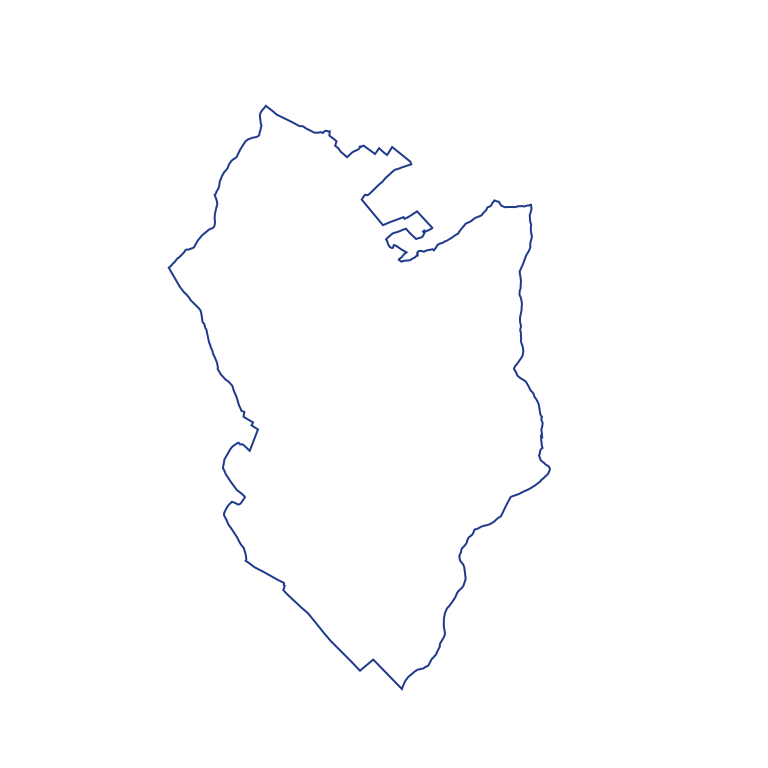 Osesti, Vaslui, Romania (Equal Earth projection), rotated 75°
{"feature_id": "2599482B5127091707181", "entity_name": "Osesti", "entity_type": "district", "adm_level": 2, "iso_a3": "ROU", "parent_name": "Romania", "parent_adm1": "Vaslui", "projection": "equal_earth", "projection_center": [27.44, 46.771], "detail": "fine", "context": "isolated", "style": "outline", "palette": "blue", "viewbox_px": 768, "rotation_deg": 75, "n_neighbors": 0, "source": "geoboundaries", "source_scale": "gbopen_adm2", "svg_char_len": 6144}
<svg xmlns="http://www.w3.org/2000/svg" viewBox="0 0 768 768"><g transform="rotate(75 384 384)"><path d="M654.7,481.4L647.4,465.7L683.3,445.6L681.5,444.5L677.9,441.7L675.7,439.6L673.1,436.1L669.7,428.7L668.8,426.2L668.6,425.1L668.9,423.1L668.7,422.4L668.9,420.1L668.8,419.1L667.9,416.9L667.8,415.1L667.6,414.5L666.5,413.2L662.1,409.2L660.9,407.0L659.9,405.6L659.5,404.6L658.8,404.0L651.9,397.9L651.0,397.9L649.2,397.0L644.9,392.5L642.4,390.4L640.5,389.6L633.4,388.9L626.3,386.9L621.6,384.7L619.1,382.9L617.2,381.4L616.1,379.8L615.1,378.1L609.9,371.9L608.4,370.3L604.8,367.5L603.7,366.3L600.6,360.9L599.6,359.6L593.9,355.9L592.7,355.4L581.6,353.9L579.6,354.1L577.6,354.7L575.0,355.9L573.8,356.2L571.8,356.1L569.4,355.7L566.4,353.2L564.2,352.2L563.1,351.4L560.6,347.3L559.2,345.7L558.3,344.9L557.2,344.5L554.8,342.6L553.8,341.2L553.0,339.1L552.3,337.7L550.5,335.9L548.8,335.0L548.1,334.1L548.0,333.6L548.2,332.7L548.0,331.2L546.9,326.4L546.8,324.9L547.0,321.6L546.9,319.0L546.5,316.6L545.5,313.5L542.9,308.4L542.5,306.6L542.1,305.6L541.3,304.6L533.8,298.2L526.2,291.2L525.9,290.5L525.6,288.6L525.2,282.1L524.0,277.1L523.4,272.9L522.7,269.8L521.1,264.4L518.5,258.2L518.1,257.4L517.3,256.8L516.8,255.4L513.4,249.0L510.2,246.3L509.1,245.7L508.2,245.7L505.9,246.4L503.5,248.9L502.3,249.3L498.9,252.0L497.7,252.4L493.0,252.8L491.9,251.7L488.9,250.4L487.9,249.5L487.1,248.4L486.8,247.4L484.9,247.6L480.4,246.8L479.1,246.8L476.9,246.1L476.8,245.4L475.9,245.7L476.0,244.1L475.6,244.8L474.5,245.7L473.3,244.3L468.9,243.9L466.3,242.3L463.0,240.9L459.6,241.2L458.0,240.9L456.8,239.9L456.2,240.0L455.6,240.5L453.2,240.8L445.5,239.9L442.3,239.9L438.4,240.8L434.8,242.1L432.9,241.9L431.4,242.3L427.7,244.2L424.2,244.8L418.6,246.3L416.1,248.3L414.0,250.4L411.3,252.4L410.1,253.1L406.9,253.4L403.0,254.6L402.0,253.9L400.7,252.7L398.6,249.7L393.4,243.6L392.2,242.6L388.8,241.1L384.7,240.4L377.9,240.7L375.0,239.6L372.9,239.3L370.0,238.5L367.9,238.6L366.7,238.3L363.7,236.7L359.2,236.5L355.4,235.6L348.9,232.3L342.5,230.1L339.9,229.7L335.8,229.5L333.7,230.0L332.3,229.9L329.2,228.8L327.1,227.4L319.4,224.9L310.5,223.9L304.0,218.6L296.6,213.4L292.7,209.3L289.9,207.3L285.9,206.3L280.1,203.0L274.7,202.6L271.6,201.9L267.9,200.6L265.5,200.8L258.8,199.6L253.4,196.3L249.0,195.6L248.8,195.9L249.0,198.3L248.7,199.6L248.8,202.9L248.0,204.2L246.9,209.3L247.3,210.6L245.5,217.0L244.5,221.5L242.1,224.5L240.0,225.3L238.4,225.6L237.6,226.1L236.9,227.5L235.2,229.9L236.4,231.1L237.0,232.3L238.8,233.8L239.7,235.0L240.3,238.4L240.7,239.0L242.4,240.1L244.8,244.3L246.2,245.9L246.5,247.1L247.1,252.2L247.6,254.3L249.1,257.4L249.8,260.4L250.0,262.2L250.3,263.6L255.3,270.6L256.8,272.4L257.8,273.1L258.9,277.3L260.0,279.9L261.8,286.0L262.0,287.9L262.7,290.6L263.0,294.5L263.4,295.9L264.4,297.3L265.6,298.4L267.8,301.2L266.4,302.2L266.0,309.1L266.4,309.7L266.5,311.3L265.0,313.7L264.7,315.6L265.0,317.0L266.2,318.1L267.2,318.3L267.3,317.8L268.7,318.2L268.6,319.4L270.0,322.1L270.2,324.1L271.2,326.8L270.3,331.9L270.1,333.9L270.4,334.8L270.2,335.6L267.9,337.5L267.1,336.9L266.3,334.4L264.0,331.3L262.7,328.2L258.1,332.8L254.1,336.1L252.3,338.4L254.8,340.4L254.6,341.4L252.9,343.1L250.1,343.8L246.6,344.0L244.8,344.6L243.6,342.6L240.7,336.4L240.6,330.8L239.8,324.8L239.7,322.6L245.0,319.9L252.3,315.4L252.1,313.7L252.1,309.8L251.5,308.5L249.0,306.1L246.9,306.8L246.1,305.4L247.6,304.7L247.0,302.3L247.2,301.8L246.1,297.5L245.7,296.9L225.8,307.4L228.5,315.6L229.3,318.5L229.8,321.3L227.9,321.9L229.2,336.0L230.3,343.9L200.1,357.8L196.5,353.7L196.3,353.2L196.4,352.8L196.9,352.3L197.4,350.9L196.5,348.6L189.9,336.9L188.2,333.1L185.6,329.5L180.4,319.4L179.8,317.4L179.9,315.3L179.3,309.0L178.9,300.8L176.1,301.0L157.2,314.8L163.6,321.7L160.6,324.1L155.0,327.7L159.5,333.1L148.5,342.0L148.7,344.0L149.2,345.4L148.9,345.8L148.4,345.8L148.4,346.0L149.5,346.4L150.4,347.3L151.0,349.2L151.5,352.7L152.1,354.8L155.3,361.0L148.5,365.6L144.2,367.3L141.9,369.1L141.0,369.5L140.4,368.9L139.0,368.2L137.3,367.0L136.0,367.8L129.9,372.5L126.6,371.2L125.9,371.1L126.0,371.8L125.2,373.2L124.5,374.0L124.3,375.1L124.8,376.8L125.7,377.9L124.3,380.1L124.2,382.7L123.2,386.2L116.9,393.2L114.0,395.7L113.1,398.7L112.4,399.6L106.6,405.7L96.2,417.8L91.0,421.3L87.1,424.4L84.7,426.1L86.3,428.1L87.6,430.2L89.4,432.4L91.8,434.2L95.4,434.9L101.2,435.6L102.8,435.5L104.5,436.6L106.6,437.5L108.7,439.0L111.0,440.0L111.7,440.7L112.1,441.5L112.4,443.4L112.1,447.3L112.5,451.9L113.7,455.0L120.4,462.3L126.5,467.5L127.1,468.5L128.3,472.3L129.7,474.5L131.7,476.8L135.1,479.3L136.5,481.1L138.0,483.5L141.5,487.0L143.4,488.2L145.5,490.0L150.6,492.2L152.6,493.6L154.7,496.0L156.2,496.8L157.5,498.6L163.2,498.1L167.0,498.4L170.8,500.6L176.0,503.3L179.9,504.7L181.8,504.9L185.0,505.7L186.9,506.6L188.4,507.8L189.1,509.5L189.4,512.7L193.5,521.6L197.3,526.8L202.8,532.2L203.1,533.4L203.6,538.2L203.1,539.5L203.1,540.6L203.5,541.3L205.1,543.1L208.5,548.8L209.6,551.7L211.5,553.9L212.7,556.1L214.8,559.3L215.6,560.8L215.9,561.8L237.2,556.1L244.7,552.9L245.3,552.2L250.1,549.9L252.9,549.1L262.9,543.3L264.9,542.4L266.4,542.2L268.7,542.2L277.3,543.2L279.5,542.1L283.4,542.1L285.3,541.5L298.5,542.2L301.1,541.8L303.6,541.8L308.0,541.1L309.6,541.3L312.5,541.0L314.4,540.5L320.1,539.8L325.4,540.2L326.4,540.8L332.5,539.1L338.7,535.9L341.1,533.8L346.4,531.0L351.6,530.8L358.4,529.8L366.9,529.6L371.1,528.8L372.8,528.8L374.9,526.1L379.3,528.2L387.2,520.4L389.6,522.7L395.3,517.5L413.8,531.0L406.0,535.8L405.3,537.2L405.2,538.6L403.1,539.6L403.1,540.8L405.1,546.5L407.3,549.4L415.5,557.6L423.3,561.2L424.0,561.4L425.2,560.8L430.2,560.2L438.0,557.6L448.3,553.6L453.3,549.7L456.5,547.8L457.3,547.6L462.0,552.9L462.4,553.7L462.8,555.0L462.6,556.3L460.4,558.5L458.4,561.4L460.8,565.6L462.5,567.5L465.7,570.6L468.0,572.2L469.2,572.4L470.5,572.3L473.8,571.5L480.0,570.5L483.4,569.1L494.3,565.5L498.5,564.7L502.1,563.7L506.1,561.9L512.7,561.7L517.1,562.2L518.4,562.8L519.0,563.4L521.6,561.0L527.0,556.9L528.4,555.5L534.4,548.9L545.8,537.2L550.1,532.3L550.5,532.1L552.5,532.8L553.2,532.1L557.0,534.6L561.9,532.0L579.0,521.4L585.8,516.7L608.4,506.7L618.4,502.0L642.5,488.1L654.7,481.4Z" fill="none" stroke="#1e3a8a" stroke-width="2"/></g></svg>